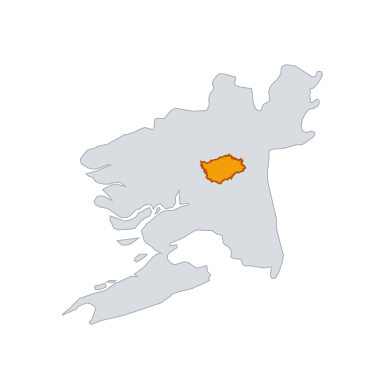 Tangail, Dhaka, Bangladesh (highlighted), rotated 79°
{"feature_id": "16705992B55867939933107", "entity_name": "Tangail", "entity_type": "district", "adm_level": 2, "iso_a3": "BGD", "parent_name": "Bangladesh", "parent_adm1": "Dhaka", "projection": "orthographic", "projection_center": [89.988, 24.376], "detail": "fine", "context": "in_parent", "style": "filled", "palette": "amber", "viewbox_px": 384, "rotation_deg": 79, "n_neighbors": 0, "source": "geoboundaries", "source_scale": "gbopen_adm2", "svg_char_len": 8914}
<svg xmlns="http://www.w3.org/2000/svg" viewBox="0 0 384 384"><g transform="rotate(79 192 192)"><path d="M129.0,275.4L129.0,266.0L122.9,247.3L123.2,245.2L122.0,236.2L120.4,231.2L119.7,225.9L123.5,218.3L122.0,217.1L113.7,214.7L112.8,212.7L114.6,205.2L108.7,198.1L106.4,192.7L112.9,175.7L114.6,163.7L114.2,161.4L110.3,158.7L103.5,157.6L98.7,155.3L95.9,151.9L93.5,150.5L90.6,151.5L86.8,150.1L83.7,146.7L81.1,142.6L82.2,138.2L87.3,127.7L89.2,127.5L93.4,129.5L95.0,129.6L97.9,125.4L102.0,113.6L115.7,114.8L119.0,114.4L122.5,113.5L124.4,112.0L125.4,110.1L125.1,108.5L120.9,106.2L119.3,104.6L118.1,99.8L116.9,98.0L108.6,97.7L104.4,95.5L102.0,93.5L97.9,87.0L92.8,82.1L87.8,80.9L86.0,79.4L85.0,76.9L85.6,73.3L88.2,66.5L102.0,52.0L102.3,50.3L101.8,48.5L97.9,46.0L97.6,44.9L98.8,41.8L101.0,41.4L105.7,44.3L110.4,48.9L113.2,53.0L113.3,56.2L116.9,56.8L120.0,58.3L123.2,57.9L125.3,58.7L126.7,58.4L127.2,56.6L124.6,51.9L125.9,50.0L129.0,50.1L131.3,51.9L132.9,55.4L133.1,61.0L136.8,66.0L141.6,69.6L145.3,71.3L149.9,72.5L153.8,71.4L155.7,67.9L154.9,64.7L155.5,61.9L157.1,60.4L159.5,60.5L161.3,62.7L166.6,74.7L165.5,80.0L166.7,94.6L165.3,104.2L166.1,107.9L167.0,108.6L175.1,110.4L186.7,114.2L195.7,115.6L236.0,114.3L244.8,116.1L271.7,114.3L279.1,117.2L287.2,122.1L291.7,125.7L292.6,127.8L292.1,129.7L290.6,130.7L287.9,130.8L281.5,128.5L280.4,129.2L280.4,135.0L275.5,149.5L274.8,154.0L273.0,155.8L267.7,156.8L264.3,165.3L262.8,166.3L259.3,164.5L257.1,164.8L254.4,165.7L251.7,167.6L249.8,170.1L247.6,170.9L240.1,170.9L238.6,174.8L233.7,180.0L230.4,193.6L230.7,197.7L235.0,208.5L238.1,222.5L239.2,223.9L240.6,224.1L240.7,217.6L242.1,216.8L243.8,217.5L247.5,226.1L249.6,228.3L252.7,228.9L256.4,227.5L259.0,224.9L260.1,222.2L259.0,212.7L260.7,208.9L266.8,203.0L267.7,201.3L267.1,191.8L269.5,191.5L272.6,192.2L276.6,189.8L277.8,189.8L279.5,192.2L282.3,191.7L286.8,210.4L287.3,223.7L288.4,231.0L290.0,232.6L294.9,243.6L300.0,282.4L300.9,307.0L302.9,315.4L301.4,317.3L299.9,317.7L298.4,314.8L288.1,308.7L285.7,309.4L282.3,313.1L280.9,316.5L281.6,321.2L282.8,325.9L285.2,328.5L285.5,331.4L288.3,342.5L287.5,342.6L281.9,332.6L275.0,322.7L272.6,305.0L272.3,296.2L267.6,285.9L263.1,267.9L264.9,261.6L261.7,264.4L256.6,253.6L248.6,243.1L246.2,238.5L246.1,233.9L242.8,238.5L238.2,241.8L233.5,246.7L230.4,248.2L220.5,249.1L214.7,242.7L206.4,226.9L205.3,223.3L206.4,213.9L204.4,205.1L203.8,197.3L202.4,198.0L201.8,200.2L202.1,203.5L201.5,206.2L187.8,204.5L193.7,209.1L200.0,210.2L203.3,214.3L203.5,221.2L197.3,225.4L197.9,228.9L201.5,233.2L197.1,234.4L195.9,237.2L195.9,241.2L198.9,247.3L198.4,249.7L203.7,257.7L204.7,261.5L203.4,266.9L192.1,277.9L188.9,285.7L186.1,289.3L182.6,290.0L178.4,286.3L178.3,282.5L179.2,279.5L185.1,272.3L181.9,273.3L172.7,279.3L171.0,274.4L169.8,269.9L169.8,264.4L174.2,256.1L169.2,260.2L167.8,265.4L168.4,271.4L167.8,275.7L165.8,281.3L163.1,284.7L158.8,286.8L156.9,290.1L154.0,292.6L153.0,281.3L150.0,266.0L149.3,269.3L150.8,278.7L150.7,284.9L148.4,289.7L143.6,294.9L139.9,295.6L137.8,294.8L131.0,287.0L130.5,279.5L129.0,275.4ZM212.5,275.7L204.1,277.6L199.8,277.0L207.8,263.3L207.5,257.2L206.2,252.2L202.1,248.2L201.9,245.3L200.1,241.4L199.1,236.8L203.6,235.3L207.3,237.9L208.6,243.1L210.4,247.0L216.8,255.0L216.7,259.9L215.0,272.0L212.5,275.7ZM230.6,271.1L225.5,274.8L227.0,253.1L230.8,261.2L231.8,265.4L230.6,271.1ZM250.1,260.1L247.8,261.6L245.7,260.3L243.0,255.3L244.3,248.8L245.1,247.9L248.4,254.4L250.1,260.1ZM269.6,305.4L266.7,305.7L265.2,304.2L265.9,302.0L265.0,295.0L268.7,294.3L270.1,300.1L269.6,305.4ZM266.1,285.9L264.0,292.9L263.1,289.8L264.5,283.7L266.1,285.9ZM205.8,230.1L206.6,232.4L201.9,229.5L200.7,227.4L202.8,226.4L205.8,230.1Z" fill="#d9dde1" stroke="#a8b0b8" stroke-width="1"/><path d="M181.9,174.3L181.9,173.8L182.1,173.8L182.1,173.3L182.5,173.3L182.6,173.2L182.4,172.7L182.8,172.5L182.8,172.4L183.1,172.3L183.1,172.1L183.3,172.2L183.4,171.5L183.4,171.3L183.2,171.2L183.2,170.4L183.2,170.5L183.5,170.6L183.8,170.9L184.0,170.9L184.4,170.9L184.5,171.2L184.9,171.2L185.1,170.8L185.5,170.7L185.9,170.5L185.9,170.3L185.9,170.1L185.3,169.6L185.3,169.4L185.4,169.0L185.4,168.6L185.7,168.2L185.7,167.6L186.1,167.0L186.4,166.4L186.7,166.3L186.8,165.7L187.2,165.5L187.2,165.2L187.5,165.1L187.6,164.8L187.9,164.6L188.3,164.6L188.7,164.3L188.6,163.4L188.7,163.2L189.2,162.8L189.2,162.4L189.2,162.0L189.1,161.9L188.9,161.6L188.6,161.5L188.5,161.4L188.4,161.2L187.9,161.1L187.5,161.0L187.3,160.8L187.1,160.6L187.2,160.2L187.1,159.9L186.7,159.0L186.7,158.7L186.4,158.7L186.0,158.6L185.8,157.9L186.7,154.4L186.3,154.5L185.8,154.1L185.5,153.5L185.4,153.4L185.3,152.7L185.0,152.6L184.9,152.1L185.5,152.0L185.6,151.6L185.9,151.4L186.0,151.2L186.5,150.9L186.1,150.6L186.0,150.8L185.7,150.8L185.6,150.7L185.5,150.4L185.1,150.0L184.7,150.1L184.6,149.9L184.9,149.6L184.4,149.3L184.2,149.2L183.8,148.8L183.4,148.8L183.2,149.0L182.9,148.1L183.0,148.0L182.6,148.0L182.3,147.4L182.1,147.4L181.8,146.4L182.1,146.2L181.6,146.0L181.2,145.3L180.8,144.9L181.0,144.6L181.1,143.8L181.2,143.7L181.4,143.9L181.6,143.5L181.8,143.5L181.9,142.9L181.8,142.5L181.9,142.1L181.7,141.9L181.6,141.7L181.6,141.0L181.6,140.9L181.5,140.5L181.2,140.0L181.3,139.5L181.1,139.2L180.9,138.6L181.1,138.1L181.1,137.9L181.2,137.7L180.9,137.5L179.8,137.6L179.2,137.6L179.1,137.2L179.1,136.8L179.5,136.7L179.4,136.6L179.6,136.6L179.3,136.5L179.3,136.3L179.2,135.9L179.0,135.5L178.5,134.9L178.4,135.0L178.2,135.3L177.5,135.4L177.2,135.7L176.7,135.5L176.4,135.5L176.2,135.7L176.0,135.9L176.0,136.1L175.9,136.7L175.6,136.7L175.6,136.9L175.4,136.9L175.3,137.1L175.0,137.2L174.8,137.4L174.7,137.4L174.7,137.5L174.6,138.0L174.4,138.1L174.2,138.0L173.6,138.3L173.2,138.1L173.1,137.8L172.9,137.9L173.1,137.7L172.9,137.2L172.5,137.2L172.3,137.1L172.1,137.3L172.1,137.0L172.1,136.8L171.8,136.6L171.4,136.7L171.2,136.6L171.3,136.8L171.5,136.9L171.4,136.9L171.4,137.0L171.5,137.2L171.0,137.1L170.9,137.2L170.8,137.3L170.7,137.6L170.3,137.3L170.2,137.4L170.3,137.5L169.8,137.6L169.7,137.5L169.6,137.3L169.2,137.4L169.4,137.5L169.1,137.9L169.1,138.1L169.3,138.4L169.2,138.8L169.2,139.1L169.9,139.7L170.1,140.5L169.9,140.8L169.7,140.9L169.4,140.8L169.1,140.6L168.5,141.5L168.6,141.8L168.7,142.0L168.3,142.4L167.7,142.3L167.4,142.4L167.5,142.7L167.7,142.8L167.6,143.0L167.4,143.1L167.6,143.3L167.9,143.6L167.9,143.8L167.4,143.5L167.3,143.8L167.4,144.0L167.1,144.1L167.2,144.3L166.9,144.2L166.7,144.3L166.8,144.4L167.1,144.6L166.8,144.7L166.5,145.0L166.8,145.3L166.7,145.4L166.4,145.4L166.2,145.7L165.9,145.6L166.0,145.8L165.9,145.9L166.2,145.9L166.3,146.0L166.0,146.0L165.9,146.2L166.0,146.5L165.1,146.4L164.9,146.2L164.1,146.6L163.9,147.0L164.0,147.9L163.5,148.0L162.9,148.0L163.0,148.1L162.8,148.3L163.0,148.4L162.9,148.9L162.5,148.8L162.3,149.0L163.0,149.5L163.3,149.6L163.4,150.0L162.9,150.8L163.0,151.0L163.3,150.7L163.4,150.8L163.0,151.4L162.7,151.5L162.7,151.9L162.7,152.3L163.3,152.3L162.9,153.0L162.9,153.6L163.7,155.9L163.8,156.4L163.2,157.2L163.1,157.8L163.4,158.1L163.7,158.3L164.0,158.8L164.1,159.1L164.1,159.8L164.2,160.3L164.8,161.0L164.9,161.7L164.9,162.3L164.7,163.1L164.6,163.7L164.8,165.1L165.3,166.9L165.3,167.1L164.7,167.1L164.4,167.4L164.8,167.8L165.0,167.7L165.0,167.8L165.5,167.7L165.7,168.3L166.4,168.8L166.2,169.3L166.2,170.4L166.6,171.5L166.5,172.2L166.2,172.7L165.5,173.4L165.1,173.8L164.6,173.9L164.8,174.6L164.7,175.6L164.2,176.4L164.3,176.6L163.9,176.9L163.7,177.2L164.0,177.3L164.1,177.5L164.6,177.1L164.7,176.7L165.0,176.7L165.1,176.8L165.0,177.2L165.5,177.1L165.6,177.4L165.9,177.5L166.0,177.2L166.4,177.0L166.6,177.0L166.8,177.2L167.2,177.3L167.2,177.5L167.4,177.5L167.5,177.8L167.6,177.6L167.8,177.6L167.8,177.8L168.0,178.0L168.2,177.8L168.3,177.9L168.7,177.6L168.5,177.3L168.6,177.2L168.7,176.9L168.5,176.5L168.8,176.5L168.9,176.4L169.0,176.4L169.0,176.8L169.1,177.0L169.1,177.3L169.3,177.6L169.8,177.6L169.6,177.3L169.6,177.1L169.8,177.0L169.9,176.8L170.4,176.7L170.5,176.1L170.5,176.3L170.8,176.4L170.9,176.1L171.2,176.1L171.3,175.9L171.9,175.7L171.6,176.2L171.6,176.3L171.8,176.2L172.0,175.8L172.4,175.8L172.4,175.7L172.2,175.7L172.1,175.3L172.1,175.2L172.4,175.2L172.5,174.6L172.5,174.8L172.8,174.9L172.7,175.1L172.9,175.1L172.9,175.3L173.3,175.3L173.4,174.5L173.6,174.5L173.7,174.4L173.6,174.2L174.0,174.4L173.9,174.7L174.2,174.9L174.2,175.1L173.8,175.2L173.8,175.5L174.4,175.6L174.4,175.8L174.6,175.8L174.5,176.0L174.4,176.0L174.5,176.0L174.4,176.1L174.6,176.1L174.7,175.9L175.0,176.0L175.3,175.9L175.2,175.5L175.3,175.5L175.3,175.3L175.1,175.2L175.6,175.2L175.8,174.9L175.7,174.8L175.8,174.7L175.5,174.5L175.4,174.3L175.5,173.9L175.7,174.2L176.2,174.3L176.2,174.5L175.8,174.6L175.9,174.8L176.0,174.8L176.1,175.0L176.9,174.6L177.8,174.5L178.0,174.4L178.0,174.2L178.2,174.4L178.5,174.3L178.4,173.9L178.5,173.9L178.8,173.9L178.9,174.2L179.2,174.2L179.4,174.6L179.5,174.7L179.8,175.1L180.1,175.2L180.2,174.7L180.6,174.7L180.8,174.6L180.9,174.4L181.1,174.3L181.9,174.3Z" fill="#f59e0b" stroke="#b45309" stroke-width="1.5"/></g></svg>